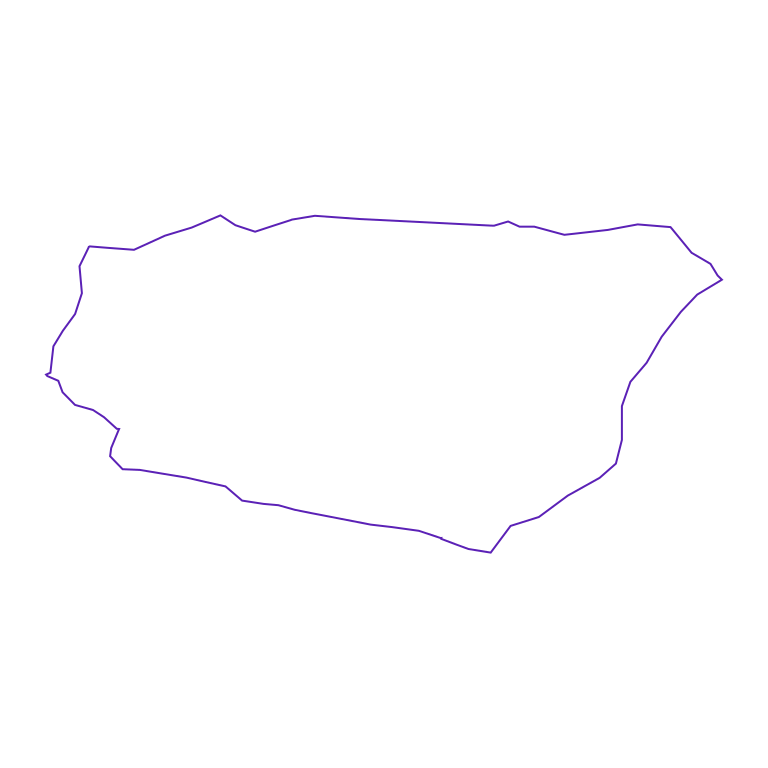 Pergamos, Cyprus
{"feature_id": "46923920B91768316626560", "entity_name": "Pergamos", "entity_type": "district", "adm_level": 2, "iso_a3": "CYP", "parent_name": "Cyprus", "parent_adm1": "", "projection": "robinson", "projection_center": [33.69, 35.042], "detail": "fine", "context": "isolated", "style": "outline", "palette": "violet", "viewbox_px": 768, "rotation_deg": 0, "n_neighbors": 0, "source": "geoboundaries", "source_scale": "gbopen_adm2", "svg_char_len": 1236}
<svg xmlns="http://www.w3.org/2000/svg" viewBox="0 0 768 768"><path d="M46.1,374.6L47.4,376.1L58.3,380.8L62.6,392.3L75.0,404.9L93.0,410.0L104.0,417.2L116.8,428.8L118.3,428.9L119.1,429.0L118.6,430.1L111.2,448.0L110.1,456.2L114.3,460.6L122.6,469.2L139.7,469.9L162.1,473.6L186.5,477.6L205.6,482.0L225.5,486.4L242.1,500.6L263.6,503.9L278.4,505.2L294.8,509.8L311.2,513.1L320.6,514.9L370.6,524.6L392.1,527.1L404.4,528.8L418.8,530.8L440.8,538.1L441.4,538.0L441.3,538.9L456.7,544.7L468.4,549.0L490.7,552.6L510.6,525.9L538.9,517.0L567.8,495.6L599.7,477.8L615.9,463.6L621.9,439.9L621.9,406.1L630.4,381.8L646.6,362.8L661.7,336.7L680.9,311.8L697.2,294.6L721.9,279.7L717.6,275.5L710.5,263.9L700.0,257.7L691.6,252.8L672.2,229.1L670.5,227.1L637.7,224.4L622.5,227.2L608.0,229.9L574.4,233.7L564.4,234.8L560.2,233.7L534.4,226.7L519.6,226.7L508.1,221.5L494.0,225.7L490.9,225.6L379.9,220.0L359.2,219.0L314.9,215.8L291.9,219.6L290.7,220.1L274.9,225.2L255.1,231.7L243.5,227.9L235.4,225.2L220.4,215.4L203.0,222.8L191.6,227.6L164.9,235.7L134.0,249.8L107.3,247.8L89.8,246.4L88.8,246.9L88.5,247.7L87.0,250.8L85.7,253.5L79.5,266.2L81.9,293.2L75.1,314.0L62.9,330.7L53.4,346.3L53.0,349.8L50.4,372.7L46.1,374.6Z" fill="none" stroke="#5b21b6" stroke-width="2"/></svg>